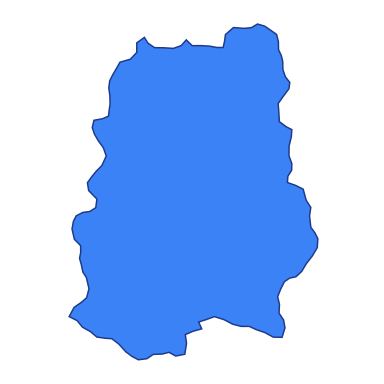 Senador Amaral, Minas Gerais, Brazil (Mercator projection), rotated 89°
{"feature_id": "56859067B51175740111103", "entity_name": "Senador Amaral", "entity_type": "district", "adm_level": 2, "iso_a3": "BRA", "parent_name": "Brazil", "parent_adm1": "Minas Gerais", "projection": "mercator", "projection_center": [-46.219, -22.558], "detail": "fine", "context": "isolated", "style": "filled", "palette": "blue", "viewbox_px": 384, "rotation_deg": 89, "n_neighbors": 0, "source": "geoboundaries", "source_scale": "gbopen_adm2", "svg_char_len": 1756}
<svg xmlns="http://www.w3.org/2000/svg" viewBox="0 0 384 384"><g transform="rotate(89 192 192)"><path d="M63.1,99.0L57.2,100.3L51.2,103.0L43.2,103.0L35.9,104.7L31.1,111.3L27.4,116.5L25.2,123.6L28.7,129.7L29.3,137.1L28.3,147.7L35.2,155.8L42.3,156.9L48.1,158.4L47.9,164.8L46.5,171.6L45.8,180.6L45.7,189.3L39.8,195.1L45.5,200.3L48.1,208.2L47.3,217.8L47.0,227.0L42.3,233.5L36.6,236.9L41.9,244.6L51.5,244.8L58.2,251.4L60.9,261.7L68.0,265.9L73.4,269.2L79.3,272.3L86.4,273.4L94.5,272.4L102.9,272.4L108.9,273.4L114.7,274.2L117.2,280.3L118.6,288.8L125.9,290.6L132.4,288.5L139.3,284.7L146.1,279.9L154.5,277.1L164.0,281.7L169.6,287.4L174.5,291.6L180.9,296.4L188.8,295.3L197.4,287.2L206.0,288.5L209.7,294.6L210.5,301.5L213.8,308.2L219.3,311.1L226.9,312.6L237.3,310.4L243.7,304.3L250.4,304.3L256.3,305.6L262.8,303.9L270.1,302.5L275.7,299.1L286.9,296.7L295.8,299.2L300.2,304.3L305.3,311.9L314.4,317.0L318.6,309.1L325.2,303.9L329.8,296.0L335.4,289.6L336.7,281.3L337.3,274.7L342.7,267.9L350.6,261.0L355.3,254.9L358.8,248.6L357.9,240.0L353.7,233.6L353.5,224.6L351.9,217.8L355.7,211.1L354.1,202.0L343.0,200.1L334.5,201.2L331.2,193.3L329.0,184.7L322.1,187.6L319.9,180.3L317.0,171.8L320.1,162.4L324.9,153.6L327.2,145.3L327.4,137.0L330.6,130.4L333.8,121.6L338.5,113.3L338.9,104.5L329.4,101.4L321.5,102.7L314.7,107.1L305.9,106.5L298.2,108.2L290.6,105.0L283.3,101.2L279.8,95.9L278.6,89.6L273.3,83.7L265.6,78.9L257.9,72.7L249.7,67.7L240.9,67.0L235.2,69.7L229.4,73.8L218.0,74.9L209.5,73.5L202.2,78.0L191.1,80.8L187.2,88.3L184.2,96.4L178.0,95.9L172.0,92.0L165.4,91.7L157.5,94.4L147.6,94.1L138.4,91.7L131.4,91.1L128.3,96.8L123.2,103.4L113.7,103.8L105.0,104.3L96.9,98.3L90.5,93.3L84.2,92.3L78.5,96.6L71.2,99.0L63.1,99.0Z" fill="#3b82f6" stroke="#1e3a8a" stroke-width="1.5"/></g></svg>